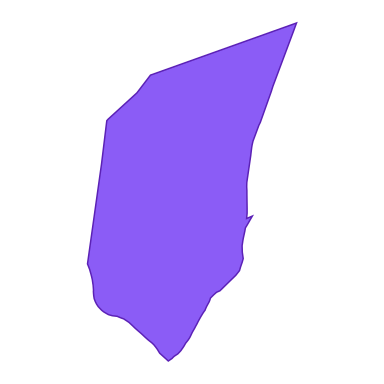 the district of Grande Riviere/Postlewaithe, Gros Islet, Saint Lucia
{"feature_id": "8701671B10801688655736", "entity_name": "Grande Riviere/Postlewaithe", "entity_type": "district", "adm_level": 2, "iso_a3": "LCA", "parent_name": "Saint Lucia", "parent_adm1": "Gros Islet", "projection": "natural_earth1", "projection_center": [-60.952, 14.042], "detail": "fine", "context": "isolated", "style": "filled", "palette": "violet", "viewbox_px": 384, "rotation_deg": 0, "n_neighbors": 0, "source": "geoboundaries", "source_scale": "gbopen_adm2", "svg_char_len": 1632}
<svg xmlns="http://www.w3.org/2000/svg" viewBox="0 0 384 384"><path d="M296.5,23.0L150.5,75.1L136.9,92.9L108.2,119.1L106.8,120.7L101.5,164.2L87.5,263.9L89.6,269.3L90.9,273.9L91.6,276.6L92.3,279.6L92.9,283.8L93.1,284.9L93.5,290.3L93.4,291.2L93.5,293.2L93.7,295.5L94.2,298.7L95.3,301.6L96.0,303.0L96.5,304.0L98.2,306.6L99.6,308.1L101.6,310.2L102.6,311.0L103.6,311.8L105.6,313.0L108.2,314.5L109.3,314.9L110.1,315.1L111.2,315.4L112.1,315.7L114.6,316.0L117.2,316.3L119.2,317.2L121.5,318.1L122.6,318.5L123.6,318.8L124.8,319.6L126.0,320.4L127.8,321.6L129.0,322.4L132.1,325.3L135.1,328.2L137.6,330.4L139.8,332.3L141.4,333.7L142.8,335.0L144.9,337.0L145.8,337.8L147.8,339.6L149.4,340.9L151.7,342.7L153.9,344.8L154.9,346.1L155.5,346.8L157.4,349.4L158.9,351.9L159.7,353.2L168.3,361.0L172.1,358.4L173.0,357.4L174.3,356.2L177.8,353.9L179.9,351.7L180.9,350.6L183.8,346.4L185.7,343.1L187.0,341.5L188.4,339.7L189.8,337.5L190.5,336.1L192.2,332.5L192.7,331.6L194.6,328.3L196.0,325.6L196.6,324.6L198.2,321.4L198.8,320.3L200.8,316.7L202.8,313.4L204.2,311.3L205.0,310.3L205.6,308.7L206.7,306.3L209.1,301.9L209.7,300.5L210.5,298.0L213.5,295.0L216.5,292.3L218.5,291.4L219.9,290.8L223.8,287.0L228.7,282.2L235.8,275.3L239.5,270.6L240.6,266.8L242.2,262.2L243.2,258.6L242.3,252.2L242.1,245.7L242.6,242.5L242.8,241.0L243.3,238.2L244.3,233.6L244.8,231.3L245.4,227.9L247.5,224.4L252.3,216.1L246.6,218.5L247.1,213.3L247.1,208.3L246.9,194.3L246.9,190.6L246.7,186.8L246.8,182.5L250.7,155.8L251.2,151.4L251.7,147.4L252.1,145.0L253.0,141.1L258.9,125.2L260.3,122.4L271.3,91.4L272.9,86.3L293.5,31.2L296.5,23.0Z" fill="#8b5cf6" stroke="#5b21b6" stroke-width="1.5"/></svg>